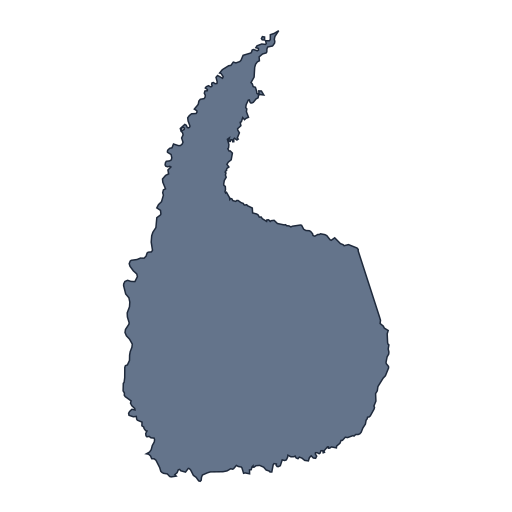 the district of São Miguel do Araguaia, Goiás, Brazil
{"feature_id": "56859067B80588795787306", "entity_name": "São Miguel do Araguaia", "entity_type": "district", "adm_level": 2, "iso_a3": "BRA", "parent_name": "Brazil", "parent_adm1": "Goiás", "projection": "robinson", "projection_center": [-50.279, -12.987], "detail": "fine", "context": "isolated", "style": "filled", "palette": "slate", "viewbox_px": 512, "rotation_deg": 0, "n_neighbors": 0, "source": "geoboundaries", "source_scale": "gbopen_adm2", "svg_char_len": 6041}
<svg xmlns="http://www.w3.org/2000/svg" viewBox="0 0 512 512"><path d="M263.8,95.0L261.4,91.0L258.8,90.9L259.0,93.2L257.8,94.0L256.9,93.4L256.7,91.4L255.4,87.3L253.2,86.6L252.2,83.7L251.0,82.6L254.1,77.1L254.7,67.3L255.6,64.2L257.4,61.8L259.4,60.8L259.1,56.9L262.5,54.0L266.2,52.9L266.8,51.9L266.9,48.9L267.7,47.0L272.5,46.0L273.3,45.0L274.6,43.1L274.8,41.3L274.3,39.4L274.9,36.5L278.7,30.7L274.2,33.4L270.3,34.7L270.3,39.6L269.2,40.8L265.5,40.7L266.3,43.5L265.5,44.4L261.7,44.0L257.0,45.8L255.8,47.7L258.4,48.4L258.5,50.1L257.3,50.8L253.4,49.5L252.1,50.1L251.7,51.8L250.8,53.0L243.1,55.3L241.0,60.3L239.7,61.6L235.9,62.9L233.3,62.1L230.9,65.4L228.7,65.7L222.4,69.6L219.6,73.0L221.1,73.5L223.2,76.7L222.5,78.3L217.6,75.5L216.0,77.3L217.2,81.9L216.9,83.5L215.1,83.7L213.4,82.5L212.0,82.9L211.6,84.3L212.1,85.6L211.6,86.6L210.4,86.8L208.5,85.7L206.3,86.7L205.3,88.0L207.4,89.5L207.3,90.7L204.9,91.0L204.3,93.2L205.3,95.2L205.1,97.2L204.1,98.6L200.3,99.3L198.9,101.0L198.2,104.4L194.3,109.1L196.8,110.7L197.0,112.1L196.1,113.5L191.5,113.8L189.3,115.6L187.7,117.8L188.1,121.1L190.0,126.1L189.5,127.3L188.1,127.9L187.1,127.2L186.3,125.3L184.8,124.4L180.3,128.5L180.8,130.2L182.0,127.9L182.9,127.3L184.4,128.1L184.2,129.5L182.0,130.6L181.5,131.6L182.5,132.6L183.1,134.9L181.6,138.0L183.0,142.2L182.1,144.2L180.3,145.6L178.3,145.6L173.5,144.0L172.0,147.8L169.7,148.3L167.8,150.1L167.4,151.2L167.5,152.3L171.1,154.5L171.8,157.8L171.3,159.9L169.6,160.9L166.3,161.3L165.4,162.8L165.1,164.9L165.8,166.2L167.6,166.8L169.8,166.3L170.9,167.0L167.9,170.0L168.6,173.9L165.6,175.4L162.5,179.0L162.8,182.2L165.5,188.8L163.4,189.9L162.7,192.7L163.4,195.2L161.5,201.7L158.5,204.6L156.8,207.9L160.5,210.4L160.9,214.0L160.4,215.0L156.8,217.7L155.9,227.6L152.9,232.2L151.7,235.7L151.2,242.1L152.5,250.3L151.4,251.9L148.2,252.2L147.1,253.0L146.1,256.1L144.1,258.2L140.4,258.1L137.1,259.5L131.3,260.3L130.2,261.1L129.2,263.7L130.0,266.3L133.3,270.8L136.8,274.0L137.4,276.7L134.9,281.6L130.8,281.4L127.6,280.3L124.9,281.5L123.7,283.9L123.6,285.6L125.7,294.0L128.9,297.8L129.8,302.1L129.5,306.8L127.2,312.9L127.4,317.0L129.2,322.9L128.8,324.4L125.5,329.4L125.0,332.5L126.4,335.8L129.5,339.1L132.3,344.1L131.9,347.3L130.2,351.7L129.6,355.1L129.5,360.4L127.4,364.9L125.4,365.7L124.8,367.4L124.7,377.7L124.1,382.4L123.3,383.3L123.1,390.9L124.4,392.9L124.3,395.3L125.3,396.7L131.1,400.9L130.5,403.2L131.8,405.7L134.7,408.4L135.0,409.9L131.9,409.3L129.6,411.5L128.6,413.3L129.0,415.3L133.4,416.8L136.3,416.4L136.7,419.2L137.4,420.2L142.0,422.1L141.9,425.8L143.7,427.0L144.1,428.6L145.7,430.7L147.0,431.0L145.7,433.6L146.0,435.8L146.9,436.8L149.2,436.4L150.9,437.8L154.1,438.1L154.6,439.6L154.3,441.9L152.3,445.5L151.2,449.7L149.6,452.0L146.4,453.8L148.6,454.2L150.5,455.9L151.7,458.7L154.2,458.8L156.0,460.3L159.7,467.6L160.8,471.3L161.9,472.4L163.5,473.3L167.3,473.9L169.7,476.5L171.2,476.9L176.2,476.1L174.8,474.6L177.1,472.7L178.3,469.8L179.7,469.4L180.8,470.8L185.5,472.1L188.3,468.4L189.3,468.6L190.6,469.9L193.4,475.4L196.1,477.3L198.7,480.9L200.2,481.3L201.2,480.2L201.5,477.3L202.4,475.0L207.2,472.9L210.2,471.9L223.0,471.7L227.0,470.9L230.8,468.7L232.4,469.2L233.5,468.8L236.4,465.4L238.3,466.5L241.2,467.0L241.9,467.8L243.6,473.3L245.1,472.9L249.6,473.8L249.5,469.9L251.2,469.7L252.0,466.9L253.0,465.9L253.0,467.2L254.0,467.2L256.0,465.7L259.7,465.4L263.7,467.2L266.1,470.0L269.1,471.0L270.0,472.0L271.8,472.0L273.2,464.7L274.0,463.6L276.4,464.0L276.1,465.2L277.1,466.5L278.2,466.7L280.3,465.7L282.2,459.9L284.7,460.5L286.3,459.9L287.6,457.3L287.9,455.2L290.9,456.8L294.0,456.7L295.1,456.1L296.1,457.9L298.0,458.7L299.3,457.1L301.9,458.1L304.7,460.4L308.4,460.9L309.4,457.6L311.2,455.8L313.3,458.0L315.6,458.3L316.7,456.1L315.3,454.0L315.5,452.7L317.2,452.7L319.1,453.7L320.0,453.2L321.0,450.7L322.8,450.7L323.2,452.8L324.5,452.3L323.9,451.0L327.4,446.9L328.4,446.9L328.4,448.2L329.8,448.1L331.4,446.9L336.4,447.9L336.6,446.1L339.9,443.3L341.1,440.4L342.4,440.4L345.3,437.2L347.5,437.6L353.0,435.6L354.0,436.1L355.7,434.5L358.2,434.5L359.8,433.8L361.2,432.2L362.8,428.1L365.4,424.1L366.1,420.2L367.2,418.8L367.5,417.2L369.2,416.9L370.3,415.9L374.1,409.0L374.5,407.4L373.9,406.0L375.9,401.1L375.6,393.6L377.3,390.8L377.9,386.6L383.1,378.2L385.4,375.8L388.6,367.9L388.5,366.4L386.3,363.7L386.0,362.4L387.1,356.9L388.7,354.1L388.9,352.0L388.2,349.0L388.9,344.9L388.0,344.1L387.6,342.7L387.2,333.8L388.2,330.5L384.3,328.1L383.3,326.1L380.1,323.5L380.5,320.3L379.4,316.6L358.2,251.0L358.2,249.4L357.0,248.0L348.5,244.6L344.1,245.7L343.0,244.6L340.4,243.6L334.7,237.8L331.2,240.3L330.1,239.8L326.8,235.6L324.8,234.6L320.5,233.8L319.3,234.5L317.7,234.5L314.8,236.2L313.0,235.5L312.6,233.8L310.6,231.4L309.2,230.7L305.9,230.5L303.7,229.3L301.6,225.3L300.5,225.0L292.5,226.2L290.8,226.9L289.0,225.9L286.6,225.7L285.6,224.7L284.1,224.9L277.4,223.5L274.1,220.3L271.1,220.7L270.2,221.5L268.6,219.8L266.9,219.9L266.6,221.4L262.3,218.7L261.2,217.0L259.3,217.1L258.2,215.0L256.7,214.0L252.6,212.9L252.3,208.0L247.5,205.7L246.7,204.7L244.7,205.1L243.8,204.6L243.4,203.5L241.0,202.6L238.1,200.5L236.7,200.5L235.7,201.4L232.8,200.6L231.9,198.9L230.7,198.5L229.8,199.5L229.6,197.8L226.5,192.3L225.6,193.0L225.0,191.7L225.5,189.5L225.3,186.4L223.9,185.4L223.7,184.0L224.3,180.5L226.2,177.3L225.4,175.0L226.0,173.0L225.2,172.3L225.5,171.2L226.6,170.5L226.5,169.4L227.0,168.4L228.9,167.0L226.9,164.3L228.3,162.1L231.2,159.8L232.4,153.1L230.2,150.9L229.1,151.0L227.8,148.8L228.6,147.8L228.9,144.5L227.4,139.3L229.4,137.8L228.8,140.4L229.2,141.5L230.3,141.4L230.9,139.7L232.4,139.9L232.8,141.8L233.8,141.7L233.7,139.1L234.4,138.2L236.9,140.0L238.2,139.1L237.3,138.0L239.4,132.8L237.7,130.0L237.6,128.7L240.9,125.7L240.2,122.3L241.4,121.8L242.7,117.6L244.5,119.7L245.9,118.4L248.5,117.3L246.4,111.7L246.8,108.9L245.7,107.6L246.2,104.6L248.3,100.1L249.3,99.9L250.1,102.3L250.8,103.0L251.8,103.0L253.3,102.3L256.1,98.9L258.1,97.8L258.5,95.5L259.6,94.5L263.8,95.0ZM264.6,40.0L264.6,37.0L262.4,36.6L261.4,38.6L262.2,39.8L264.6,40.0Z" fill="#64748b" stroke="#1e293b" stroke-width="1.5"/></svg>